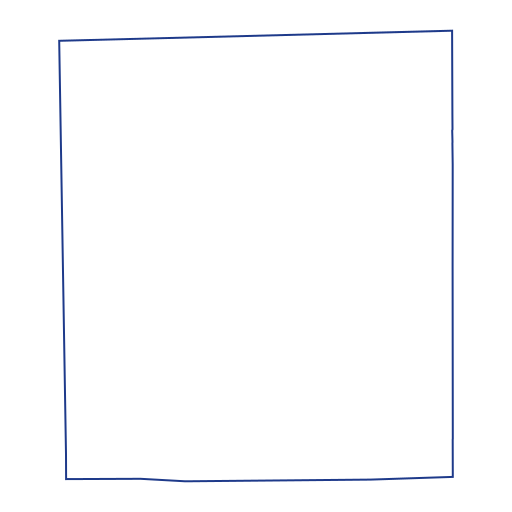 the district of Iroquois, Illinois, United States of America
{"feature_id": "52423323B9331267703461", "entity_name": "Iroquois", "entity_type": "district", "adm_level": 2, "iso_a3": "USA", "parent_name": "United States of America", "parent_adm1": "Illinois", "projection": "orthographic", "projection_center": [-87.66, 40.748], "detail": "fine", "context": "isolated", "style": "outline", "palette": "blue", "viewbox_px": 512, "rotation_deg": 0, "n_neighbors": 0, "source": "geoboundaries", "source_scale": "gbopen_adm2", "svg_char_len": 362}
<svg xmlns="http://www.w3.org/2000/svg" viewBox="0 0 512 512"><path d="M452.6,265.8L452.6,265.7L452.7,164.8L452.4,143.0L452.5,142.2L452.2,130.5L452.5,129.4L452.4,115.4L452.1,30.7L59.2,40.8L66.0,454.1L66.1,479.1L140.5,478.8L185.4,481.3L370.5,479.6L452.8,476.9L452.8,476.6L452.7,439.2L452.8,439.0L452.6,265.8Z" fill="none" stroke="#1e3a8a" stroke-width="2"/></svg>